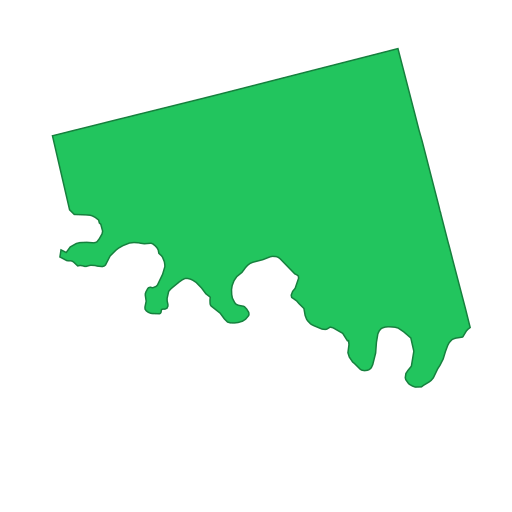 outline of Mississippi, Arkansas, United States of America, rotated 76°
{"feature_id": "52423323B91490874625057", "entity_name": "Mississippi", "entity_type": "district", "adm_level": 2, "iso_a3": "USA", "parent_name": "United States of America", "parent_adm1": "Arkansas", "projection": "mercator", "projection_center": [-89.907, 35.702], "detail": "fine", "context": "isolated", "style": "filled", "palette": "green", "viewbox_px": 512, "rotation_deg": 76, "n_neighbors": 0, "source": "geoboundaries", "source_scale": "gbopen_adm2", "svg_char_len": 3110}
<svg xmlns="http://www.w3.org/2000/svg" viewBox="0 0 512 512"><g transform="rotate(76 256 256)"><path d="M259.9,66.5L259.6,66.5L259.0,66.4L256.8,66.6L253.1,66.5L185.0,67.0L173.3,67.4L172.8,67.4L156.5,67.5L89.1,68.1L90.2,257.8L90.1,355.2L90.1,360.6L90.1,424.4L166.1,425.7L171.7,422.3L175.0,410.9L176.3,407.1L177.4,405.2L179.5,402.8L183.0,400.0L186.1,400.0L187.6,398.9L194.8,398.8L197.3,400.0L201.4,403.9L203.7,406.8L204.0,407.7L204.0,410.2L201.8,416.9L200.4,423.7L200.4,427.3L202.3,434.1L206.7,439.3L202.9,443.7L209.5,446.5L211.9,443.8L214.7,440.7L215.3,439.1L215.9,436.7L216.7,435.4L217.8,434.4L222.5,431.4L222.6,428.9L223.6,426.5L224.6,424.8L225.0,423.4L224.9,420.4L225.0,418.5L226.3,414.4L227.4,412.4L229.1,407.7L229.0,405.8L228.3,404.2L220.7,397.6L216.3,390.2L215.1,387.5L213.7,382.5L212.8,375.6L213.4,371.1L214.9,366.4L215.6,365.1L217.1,361.4L218.2,354.7L219.3,353.2L221.8,351.3L224.0,350.1L226.4,349.4L229.9,349.6L233.0,347.6L234.5,347.0L239.4,346.3L242.5,346.6L244.3,347.0L251.1,351.0L260.4,358.7L261.3,360.2L261.8,363.3L261.8,364.1L260.7,366.1L260.8,368.0L261.5,369.0L264.1,371.4L265.8,372.5L267.3,372.9L273.3,373.5L278.7,376.1L280.7,376.5L282.7,375.7L284.5,374.2L286.0,372.2L286.7,370.7L288.7,363.5L288.4,362.6L287.8,361.9L286.1,361.1L285.9,361.0L285.1,360.6L285.0,359.1L285.5,357.2L285.1,355.0L283.3,353.6L281.7,353.2L278.2,353.1L275.6,352.5L269.2,349.3L267.5,346.9L266.4,344.8L262.6,336.8L261.3,333.4L260.7,330.8L260.7,329.7L261.3,327.6L262.6,325.2L264.2,323.2L267.1,320.5L273.8,316.6L280.5,313.8L284.4,310.7L285.1,310.4L287.6,311.3L290.8,312.0L292.2,312.1L293.6,311.7L302.8,304.6L309.4,301.9L313.2,299.6L314.6,297.2L315.7,293.3L316.2,289.5L316.0,284.9L314.8,281.4L312.0,277.5L310.8,276.9L308.9,276.7L305.2,277.9L302.5,279.4L301.8,280.2L299.6,284.9L298.5,286.4L297.4,287.4L295.6,288.1L291.2,289.1L287.5,288.9L282.7,287.9L278.9,286.3L274.6,283.3L271.3,279.6L268.5,273.6L264.7,269.0L263.0,266.4L261.8,263.7L261.3,260.6L261.2,250.3L260.2,242.5L260.3,240.1L261.5,236.4L262.7,234.7L264.6,233.2L282.7,222.7L283.9,221.2L285.5,219.8L287.8,220.0L296.8,225.8L299.2,229.0L302.5,231.3L304.8,231.4L309.4,227.4L312.6,225.8L318.5,222.2L325.5,222.7L329.6,222.2L331.5,221.5L335.0,219.5L335.9,218.7L337.7,216.6L342.9,209.6L344.0,206.6L344.1,205.0L342.9,201.2L344.4,198.5L352.0,190.6L360.4,187.8L360.5,186.7L364.4,187.2L372.1,190.2L376.7,189.9L382.2,187.9L384.1,186.5L391.2,182.2L392.4,180.9L393.5,178.4L393.8,175.8L393.7,174.1L392.9,172.0L392.1,171.0L389.6,169.0L379.1,163.4L368.8,160.0L361.0,156.6L358.4,154.5L356.8,152.2L356.4,150.7L356.2,148.0L356.6,145.1L357.2,142.9L358.7,138.4L360.3,135.5L365.2,131.1L373.0,125.6L386.6,125.9L400.5,131.9L403.8,136.3L406.3,139.0L410.2,140.6L412.2,140.6L416.3,139.0L417.5,138.3L420.0,135.7L421.7,133.2L423.0,127.1L422.0,124.8L420.1,118.5L419.1,116.2L417.1,113.4L409.4,107.0L406.5,103.9L401.2,99.3L394.5,95.3L389.1,91.6L386.8,89.5L384.6,86.2L384.2,84.5L384.0,82.1L384.6,75.5L384.4,74.8L379.6,70.0L378.2,67.8L377.2,65.5L374.9,65.5L358.1,65.5L306.8,66.1L303.9,66.1L303.6,66.1L303.3,66.1L292.5,66.2L290.1,66.3L259.9,66.5Z" fill="#22c55e" stroke="#15803d" stroke-width="1.5"/></g></svg>